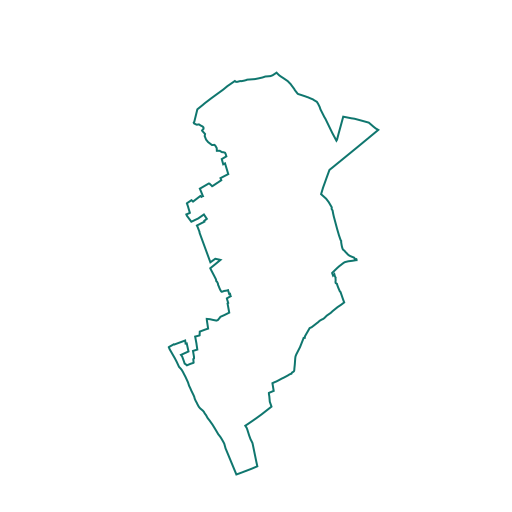 Santa Isabel Xiloxoxtla, Tlaxcala, Mexico, rotated 222°
{"feature_id": "50627088B18740069237602", "entity_name": "Santa Isabel Xiloxoxtla", "entity_type": "district", "adm_level": 2, "iso_a3": "MEX", "parent_name": "Mexico", "parent_adm1": "Tlaxcala", "projection": "equal_earth", "projection_center": [-98.207, 19.264], "detail": "fine", "context": "isolated", "style": "outline", "palette": "teal", "viewbox_px": 512, "rotation_deg": 222, "n_neighbors": 0, "source": "geoboundaries", "source_scale": "gbopen_adm2", "svg_char_len": 5680}
<svg xmlns="http://www.w3.org/2000/svg" viewBox="0 0 512 512"><g transform="rotate(222 256 256)"><path d="M390.7,313.1L388.8,313.6L387.8,314.0L386.5,315.6L384.2,316.0L382.4,316.5L381.1,316.4L380.1,315.4L380.1,313.2L379.6,313.0L375.5,312.6L374.4,310.8L371.0,309.1L367.8,308.6L363.0,309.0L361.2,310.8L359.8,310.7L357.4,309.9L355.5,308.0L353.4,309.9L350.8,310.4L349.5,311.4L348.1,312.0L346.8,311.5L344.7,310.2L345.0,309.2L346.3,305.1L341.7,302.2L341.0,304.1L331.4,298.3L332.2,296.2L332.3,295.9L332.4,295.7L334.5,290.1L332.5,289.1L335.0,279.3L335.3,278.5L336.3,278.6L337.0,278.6L338.0,278.6L338.9,278.7L339.6,278.3L339.8,277.7L342.6,269.0L342.8,268.5L335.6,265.0L335.7,264.9L336.1,263.4L337.5,263.4L339.2,254.3L341.3,254.3L342.6,249.1L342.6,248.9L339.3,247.1L338.9,246.8L334.0,243.8L334.0,243.7L335.6,240.3L334.4,239.7L331.9,239.2L327.0,238.2L325.9,240.7L325.8,240.9L325.8,241.1L324.1,245.1L322.5,252.0L317.4,250.7L318.0,247.5L317.3,247.0L320.2,239.4L320.3,239.1L318.8,238.5L314.1,236.1L313.5,235.5L285.7,220.8L284.4,226.7L280.4,229.0L279.8,229.3L280.7,223.1L281.8,216.3L280.9,215.9L274.7,213.6L274.4,213.5L270.0,211.8L269.2,211.1L268.8,210.8L268.4,210.7L267.8,210.8L267.0,210.5L265.8,210.0L264.9,209.2L263.7,208.7L261.7,207.7L260.1,207.0L258.6,206.5L257.7,206.4L257.2,206.9L256.3,208.7L254.7,210.6L253.9,211.9L253.3,211.5L250.4,209.8L250.0,210.5L248.2,209.3L247.9,209.2L249.3,205.0L249.1,204.8L245.2,202.5L245.4,201.7L238.0,196.0L240.0,190.9L241.7,187.1L241.7,186.8L241.7,186.5L241.6,185.9L241.6,185.3L241.5,183.5L241.5,182.8L242.2,181.5L245.4,179.6L247.8,178.3L250.5,176.3L249.9,175.7L247.5,173.7L243.0,170.0L244.6,167.2L247.2,162.2L245.5,160.1L244.8,159.3L244.8,159.2L247.3,155.4L241.8,151.2L241.1,150.6L237.0,147.2L239.3,143.3L234.4,139.4L233.5,138.3L233.6,137.4L231.0,135.0L231.0,134.7L232.5,132.1L234.2,128.5L235.7,128.5L237.0,128.3L239.1,129.5L243.6,131.9L245.6,132.3L242.3,139.9L249.0,144.7L249.7,143.8L252.1,145.8L257.5,135.5L258.0,135.4L259.8,130.1L259.8,129.9L257.7,128.9L251.6,126.9L247.9,125.7L243.9,124.2L241.1,123.0L239.7,122.4L239.0,122.1L236.5,121.9L234.8,121.6L232.6,120.9L230.3,120.0L227.8,119.1L222.0,116.6L218.9,114.8L216.2,113.7L214.3,112.8L211.8,111.8L209.1,110.7L207.6,110.0L206.6,109.3L205.9,108.9L204.4,108.2L203.1,107.7L201.8,107.3L201.0,106.9L198.5,106.0L197.6,105.7L196.3,105.5L195.6,105.4L192.5,105.5L191.9,105.5L190.4,105.3L188.8,104.7L187.2,104.4L186.3,104.2L185.0,103.7L183.5,103.2L181.8,102.9L180.5,102.7L177.9,102.1L175.6,101.6L171.2,100.3L167.0,99.0L164.5,98.2L164.1,98.2L161.4,97.7L159.6,97.2L156.2,96.1L154.3,95.4L153.7,95.1L149.8,92.6L149.4,92.4L148.9,92.2L124.6,80.6L124.4,80.5L124.0,81.2L123.6,82.0L123.2,82.7L117.7,93.4L116.7,95.4L114.3,100.6L118.6,103.7L132.7,114.1L133.6,114.7L135.4,115.4L137.5,116.2L140.9,118.0L144.8,120.3L146.5,121.3L148.1,122.1L150.1,122.6L150.4,122.7L149.7,125.3L148.2,131.5L147.2,135.8L145.9,141.9L143.7,154.4L144.0,154.6L148.2,156.9L152.3,160.7L154.1,162.1L154.8,162.9L152.6,167.6L158.6,172.4L158.7,172.5L157.7,174.8L156.9,176.4L156.0,178.8L154.8,182.2L154.6,182.7L154.1,183.8L153.4,185.7L152.9,187.1L152.3,188.8L151.9,190.3L151.4,191.5L151.2,191.8L150.9,192.2L151.1,192.8L151.2,193.1L151.2,193.7L151.0,194.2L150.8,195.0L150.7,195.6L150.9,196.3L151.4,197.1L152.0,197.8L154.4,201.1L158.2,206.0L159.2,207.4L159.6,208.2L160.2,209.8L162.3,217.7L164.2,222.8L165.7,226.8L165.8,227.0L165.0,227.8L165.4,228.3L165.6,228.6L165.7,228.9L165.9,229.1L167.7,237.5L167.9,238.3L167.0,240.3L166.3,244.1L165.8,247.0L165.5,248.4L165.5,248.8L165.5,249.1L165.3,250.6L164.6,252.8L164.1,253.8L163.7,255.4L163.5,259.1L162.4,263.7L162.2,266.2L161.2,272.5L160.1,276.8L159.4,280.5L162.6,282.2L169.1,285.8L170.0,285.8L173.7,287.5L176.0,288.7L177.3,289.5L178.6,289.2L179.5,289.8L180.6,291.3L181.9,292.5L182.3,293.2L183.6,293.6L185.6,294.9L185.6,293.0L187.9,294.2L188.1,294.4L187.6,301.6L187.3,304.2L186.9,306.2L186.7,307.5L186.6,307.9L186.3,309.6L186.0,310.4L186.0,310.6L185.4,311.6L183.9,313.8L181.2,316.9L178.9,319.8L178.5,320.2L179.1,320.8L179.5,320.8L179.7,320.6L179.9,320.3L180.4,320.0L181.0,320.0L181.4,320.3L182.0,320.4L182.4,320.3L184.2,319.6L186.3,318.9L187.3,318.7L188.7,318.6L189.0,318.6L189.3,318.6L189.6,318.7L190.7,318.8L191.7,318.8L193.9,319.1L194.9,319.0L195.6,319.0L196.5,319.3L198.0,320.2L199.4,321.2L201.8,323.1L202.8,324.2L203.4,324.3L204.6,324.9L208.2,326.9L214.0,330.5L222.6,336.1L224.6,337.4L227.0,339.1L229.6,341.1L231.1,341.5L231.5,341.8L232.1,342.7L232.4,342.9L238.0,344.7L242.2,345.5L249.0,345.5L251.6,351.0L251.8,351.3L251.8,351.5L252.1,352.1L254.0,356.8L255.7,360.9L258.8,368.6L258.9,368.8L259.0,369.2L258.2,374.1L253.4,405.2L249.5,431.5L250.6,431.3L252.3,430.9L255.7,430.7L256.6,430.7L261.4,430.6L268.8,426.9L274.5,424.0L276.2,422.9L276.7,422.5L284.4,417.9L279.6,408.4L276.8,402.8L273.6,396.6L273.4,395.5L281.7,398.5L296.2,404.4L298.2,405.0L306.2,408.1L308.5,409.4L311.8,410.7L314.0,411.3L317.3,410.6L318.4,410.5L319.0,410.3L321.2,409.5L322.7,409.0L323.4,408.8L324.2,408.4L326.0,407.7L330.6,405.7L333.0,404.6L333.5,404.5L333.8,404.5L337.8,405.2L338.6,405.4L339.3,405.7L343.9,406.6L345.1,406.9L348.1,407.1L349.3,407.2L350.2,407.1L354.7,406.5L357.1,406.1L359.6,405.8L362.6,405.9L363.4,406.0L363.9,404.0L364.6,401.3L364.8,401.0L365.6,399.4L367.1,397.8L369.2,395.6L370.0,394.1L370.7,392.9L372.9,389.8L375.2,386.7L380.3,381.4L380.6,381.1L380.8,380.5L382.0,378.6L383.2,377.0L383.9,376.1L384.5,375.7L385.1,375.0L385.8,373.9L386.3,373.1L387.2,372.2L387.8,371.9L388.8,371.9L390.8,363.6L390.9,363.3L391.7,357.8L393.7,348.4L395.0,342.2L395.1,341.6L395.5,339.4L396.2,335.8L396.3,334.9L396.5,333.9L396.5,333.4L397.7,326.0L397.7,325.7L391.7,314.5L391.5,313.4L390.7,313.1Z" fill="none" stroke="#0f766e" stroke-width="2"/></g></svg>